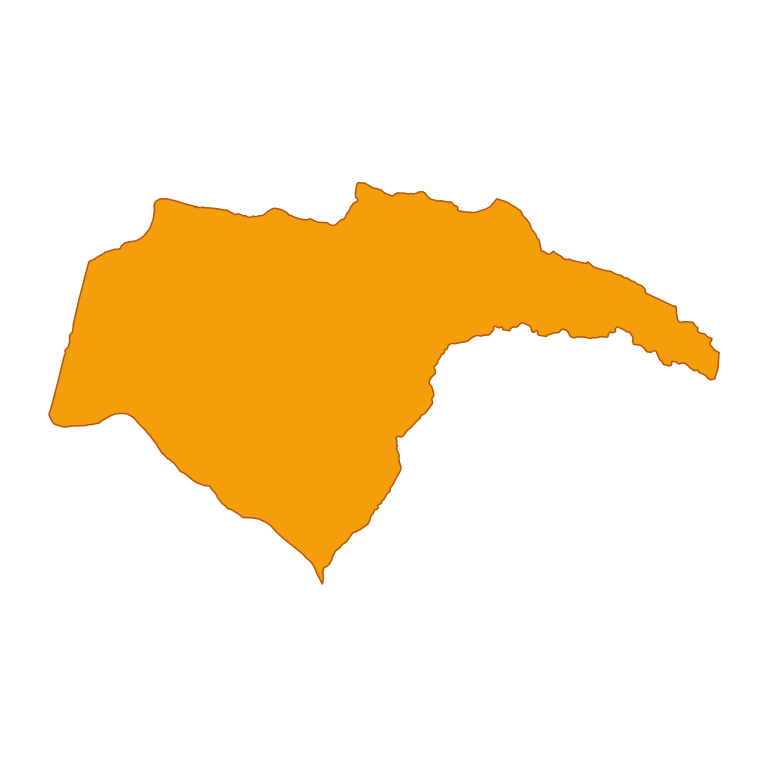 the district of El Pan, Azuay, Ecuador, rotated 91°
{"feature_id": "8360857B8773690858711", "entity_name": "El Pan", "entity_type": "district", "adm_level": 2, "iso_a3": "ECU", "parent_name": "Ecuador", "parent_adm1": "Azuay", "projection": "mercator", "projection_center": [-78.655, -2.839], "detail": "fine", "context": "isolated", "style": "filled", "palette": "amber", "viewbox_px": 768, "rotation_deg": 91, "n_neighbors": 0, "source": "geoboundaries", "source_scale": "gbopen_adm2", "svg_char_len": 6118}
<svg xmlns="http://www.w3.org/2000/svg" viewBox="0 0 768 768"><g transform="rotate(91 384 384)"><path d="M584.8,442.3L583.2,441.6L578.6,441.4L573.5,441.9L569.1,441.1L567.0,437.4L564.9,435.4L560.8,433.2L556.4,432.0L554.0,430.4L552.4,430.0L550.4,427.9L548.4,425.1L545.4,423.2L542.5,418.8L533.6,412.8L532.8,411.6L532.3,409.4L531.0,407.5L530.0,405.2L524.4,397.7L522.3,396.5L517.2,395.1L515.1,394.1L514.7,393.3L513.3,392.4L510.0,391.1L509.5,389.0L508.6,387.9L507.5,387.6L505.6,388.3L504.5,387.0L503.7,384.8L500.7,383.7L499.0,381.8L494.0,379.1L491.0,376.1L488.2,376.0L487.3,375.6L483.8,372.8L481.9,372.3L471.4,366.6L469.7,366.0L467.4,365.7L466.1,365.6L464.9,366.5L463.8,366.4L462.3,367.3L460.5,367.3L458.6,367.9L455.1,367.6L454.2,367.8L448.6,370.3L447.6,370.3L445.5,369.4L444.1,370.3L440.2,370.3L438.0,371.1L436.2,369.6L436.0,368.3L436.5,366.8L436.5,365.3L435.6,364.0L429.6,359.6L426.7,356.0L419.8,350.0L418.2,347.7L415.0,346.4L412.9,342.7L411.4,341.2L402.8,335.3L401.6,335.1L398.1,336.0L397.1,335.6L395.3,334.2L393.8,334.1L390.1,334.8L385.9,336.2L382.6,338.8L380.0,338.7L376.2,336.5L372.6,332.8L369.7,332.8L366.8,334.2L365.9,334.2L362.5,330.9L359.4,330.4L357.4,328.9L353.7,326.9L351.8,324.2L349.2,324.0L348.7,323.5L348.2,321.7L344.1,320.2L342.4,317.8L342.4,313.0L340.9,307.1L340.4,303.2L339.3,300.5L336.0,296.9L333.9,292.3L334.4,287.5L333.6,285.2L333.1,280.1L331.7,278.4L328.3,275.6L325.2,275.2L324.4,274.7L324.5,273.3L325.9,270.0L325.1,268.2L325.0,267.0L325.5,266.5L327.0,266.3L327.6,265.9L328.6,259.6L328.0,258.9L326.4,258.4L324.9,256.3L324.7,252.3L323.7,250.9L321.9,249.6L320.2,246.7L323.3,239.1L325.0,238.0L328.8,237.1L329.7,236.3L329.5,234.6L328.2,232.6L328.2,231.6L328.5,231.3L331.6,231.3L332.6,230.1L333.6,222.5L331.9,220.7L331.4,218.3L330.0,215.1L329.5,210.1L326.9,208.0L326.0,205.9L327.6,201.7L332.9,198.7L333.8,197.4L334.5,194.8L334.3,193.3L333.5,192.0L333.7,183.7L334.9,178.4L334.1,176.1L334.1,173.0L332.8,167.4L333.3,161.7L332.5,160.9L329.8,160.3L328.6,159.5L328.0,158.5L328.8,156.1L328.1,154.4L327.3,153.3L325.1,153.6L324.3,153.4L323.1,152.1L323.0,151.2L325.9,144.5L327.6,142.4L327.9,139.5L328.2,139.1L331.3,137.2L332.3,136.1L333.6,135.8L337.1,136.2L339.9,135.0L340.6,129.0L341.2,127.5L343.2,125.0L346.6,122.3L347.3,121.2L347.7,117.5L346.2,115.2L345.9,114.3L346.6,112.4L354.1,109.2L355.6,108.2L356.4,106.4L358.5,105.6L359.6,104.9L360.1,102.0L360.8,99.9L360.7,97.9L359.7,96.8L356.7,96.6L356.4,95.9L356.7,92.9L358.8,89.6L358.0,87.2L357.7,84.4L358.9,82.1L362.6,78.1L365.1,74.6L365.0,69.9L366.8,69.2L369.8,62.6L372.1,60.9L372.9,59.8L374.0,57.8L374.1,56.5L372.9,53.2L371.2,53.0L363.5,50.5L346.7,49.5L345.6,51.8L342.9,55.7L342.1,55.9L339.4,58.3L338.3,58.7L337.1,58.6L334.4,57.1L333.1,57.0L332.5,57.8L331.1,61.7L328.9,63.5L328.2,64.6L327.7,68.2L326.6,70.6L324.9,71.6L322.9,71.1L322.0,71.4L320.6,73.5L317.5,75.6L316.9,76.6L316.4,84.3L317.2,88.4L316.7,90.0L314.0,91.7L307.7,92.9L302.2,93.1L301.1,93.8L300.9,94.6L301.3,95.5L288.6,123.8L284.5,124.8L282.8,126.2L281.0,128.4L280.0,131.9L279.1,133.4L277.1,135.8L276.8,138.0L274.0,142.4L273.4,146.0L271.5,148.4L270.1,154.0L267.4,159.3L266.6,165.4L263.9,174.9L262.8,177.2L258.5,182.1L258.8,183.2L259.9,183.6L259.8,185.2L257.4,197.1L256.0,200.6L256.4,204.1L255.7,206.3L254.9,207.5L253.6,208.5L252.4,210.4L250.2,215.0L248.2,216.8L251.2,220.2L251.5,221.0L250.6,223.6L248.6,226.8L248.1,229.0L237.5,231.3L235.2,233.8L232.5,234.5L229.6,236.5L227.1,238.9L220.8,241.3L216.6,244.5L215.6,245.8L213.0,248.1L208.7,250.2L204.9,255.7L202.4,260.6L201.0,262.4L199.4,265.8L197.3,273.1L197.0,274.6L204.5,280.5L207.3,285.3L209.3,291.0L211.1,296.5L210.4,307.5L209.8,310.5L210.1,311.7L208.3,313.5L206.4,313.1L205.4,313.8L203.9,317.4L201.5,319.1L200.8,321.1L200.6,325.6L199.6,330.7L200.2,333.7L199.1,336.9L198.9,339.7L195.9,343.7L192.1,346.6L191.0,348.8L191.5,352.9L192.5,354.3L193.3,357.1L193.1,360.1L193.5,362.9L192.8,367.3L192.8,374.2L194.6,377.3L195.6,378.2L195.7,379.6L194.0,384.6L192.5,387.6L189.7,390.8L189.7,392.6L188.9,393.6L188.4,398.0L183.4,406.8L183.2,413.1L184.7,414.6L191.9,415.8L197.4,415.9L199.8,413.3L201.4,413.6L202.7,415.5L203.7,417.7L206.0,419.0L207.2,420.3L211.2,421.7L214.2,424.1L218.8,426.1L219.8,427.2L220.8,430.0L225.2,434.7L226.1,436.2L226.4,437.9L225.8,440.3L223.7,443.8L223.4,453.3L220.0,460.7L221.2,463.8L220.8,469.7L218.6,477.0L217.2,479.8L216.8,481.5L216.1,482.6L214.7,483.6L213.5,485.4L211.5,489.6L210.3,494.7L210.3,497.6L211.7,500.5L212.8,501.6L213.2,503.0L214.9,504.6L217.6,508.1L218.1,512.6L218.8,514.0L218.9,515.6L218.4,518.0L219.9,520.8L219.5,522.7L218.2,525.4L218.3,527.9L216.6,531.4L216.5,533.3L217.1,534.6L216.6,537.2L212.7,544.6L213.0,545.9L211.5,554.8L210.9,563.9L211.2,564.6L210.4,568.0L211.0,571.9L210.0,573.9L209.9,575.5L210.4,576.1L209.8,576.1L207.1,587.0L205.0,593.7L202.7,604.2L202.8,610.9L204.0,613.3L205.9,615.8L209.2,617.0L214.6,616.5L223.6,617.7L232.4,620.9L239.2,625.8L242.9,630.0L245.2,634.7L246.7,642.6L247.5,645.7L250.3,648.8L253.2,650.2L253.7,651.4L254.1,655.8L257.0,664.8L258.6,666.9L262.9,674.2L263.9,675.0L266.4,680.6L267.2,681.3L304.6,690.4L329.6,695.7L329.9,695.2L330.5,695.8L332.3,695.7L337.2,696.4L338.0,696.7L338.6,697.5L340.5,698.8L341.5,699.2L348.2,699.1L350.0,700.0L351.8,700.0L353.0,700.8L355.0,702.9L355.9,703.4L356.9,703.5L358.5,702.9L359.9,703.3L360.9,704.1L385.5,709.6L411.5,715.9L420.1,718.5L422.1,717.8L426.5,715.5L429.2,713.7L430.2,712.1L432.5,704.0L432.4,700.8L431.4,695.2L430.8,682.0L429.8,678.2L429.5,674.8L427.9,668.1L427.4,667.1L426.4,666.6L425.2,664.8L420.1,656.0L418.7,652.3L418.2,649.1L418.0,642.5L418.8,639.4L422.2,633.5L428.8,627.7L435.1,621.1L438.2,618.7L439.8,616.8L443.5,614.3L448.3,610.2L451.1,608.9L457.1,604.6L458.4,602.8L462.3,599.1L463.6,596.7L465.5,594.7L466.2,593.2L470.1,589.8L475.1,586.1L475.8,583.8L477.8,580.6L482.8,574.4L486.0,569.5L488.8,561.3L489.0,556.7L493.4,553.5L494.6,552.1L497.8,549.6L500.4,548.5L506.5,543.6L509.0,540.0L511.6,537.9L511.6,536.5L512.3,534.4L516.9,526.5L519.9,522.8L520.1,513.6L521.1,506.9L524.4,499.5L527.6,494.7L534.0,488.9L540.1,481.9L555.5,462.1L558.6,459.4L563.0,454.1L567.7,450.7L575.3,447.5L584.8,442.3Z" fill="#f59e0b" stroke="#b45309" stroke-width="1.5"/></g></svg>